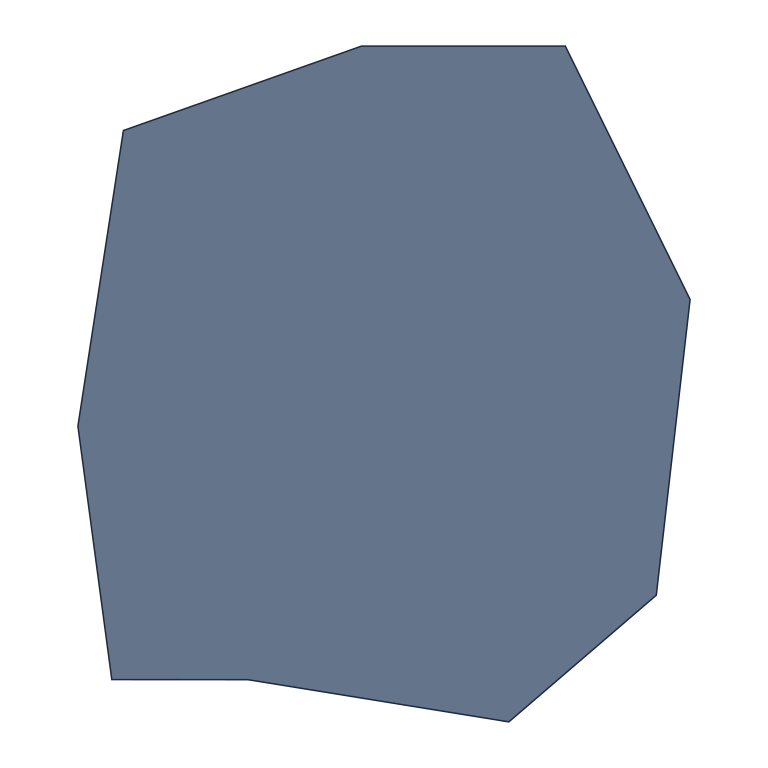 an SVG outline of Valmiera
{"feature_id": "LVA-1093", "entity_name": "Valmiera", "entity_type": "Republican City", "adm_level": 1, "iso_a3": "LVA", "parent_name": "Latvia", "parent_adm1": "", "projection": "orthographic", "projection_center": [25.417, 57.531], "detail": "fine", "context": "isolated", "style": "filled", "palette": "slate", "viewbox_px": 768, "rotation_deg": 0, "n_neighbors": 0, "source": "natural_earth", "source_scale": "10m", "svg_char_len": 249}
<svg xmlns="http://www.w3.org/2000/svg" viewBox="0 0 768 768"><path d="M690.1,299.5L656.3,595.2L508.8,721.9L247.9,679.7L111.8,679.6L77.9,426.1L123.4,130.5L361.4,46.1L565.3,46.1L690.1,299.5Z" fill="#64748b" stroke="#1e293b" stroke-width="1.5"/></svg>